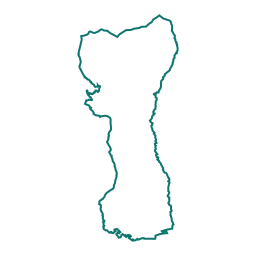 Baia De Fier, Gorj, Romania
{"feature_id": "2599482B13335657184953", "entity_name": "Baia De Fier", "entity_type": "district", "adm_level": 2, "iso_a3": "ROU", "parent_name": "Romania", "parent_adm1": "Gorj", "projection": "robinson", "projection_center": [23.743, 45.243], "detail": "fine", "context": "isolated", "style": "outline", "palette": "teal", "viewbox_px": 256, "rotation_deg": 0, "n_neighbors": 0, "source": "geoboundaries", "source_scale": "gbopen_adm2", "svg_char_len": 5829}
<svg xmlns="http://www.w3.org/2000/svg" viewBox="0 0 256 256"><path d="M155.2,238.8L155.5,237.7L155.5,235.7L155.9,235.5L159.6,234.2L163.1,233.5L167.1,233.2L166.1,230.9L162.5,231.9L161.9,231.2L166.3,229.8L172.3,228.6L172.4,225.5L172.8,224.9L173.5,224.6L172.8,222.4L172.1,221.6L171.6,219.4L171.6,218.0L171.1,217.0L170.9,215.8L170.4,214.8L170.6,213.8L170.4,211.9L171.4,211.3L171.6,210.9L171.5,210.2L171.1,209.7L171.0,208.4L171.2,206.5L170.7,205.6L169.3,205.0L168.9,203.7L168.3,202.9L169.3,200.9L169.4,199.8L169.0,198.8L169.4,197.9L168.5,196.8L167.8,196.5L167.7,196.1L167.7,195.6L168.7,194.2L169.3,192.5L169.1,191.9L168.5,191.5L168.2,190.9L168.4,189.4L168.2,188.6L168.4,186.6L169.1,183.6L169.6,182.7L169.2,181.9L168.3,181.5L168.2,181.3L169.3,180.4L169.4,179.9L169.1,179.3L169.2,178.3L168.4,177.8L166.3,173.1L164.4,172.4L163.1,170.4L162.9,169.9L163.3,169.2L163.1,168.2L162.5,167.3L162.4,166.6L161.2,164.9L160.8,163.5L159.9,162.3L158.9,161.7L159.0,160.8L158.8,160.4L157.5,159.8L157.3,159.5L158.1,158.6L158.2,157.6L157.8,157.1L156.9,157.2L156.6,156.9L156.5,156.0L156.0,155.1L156.2,154.7L157.3,154.1L154.9,151.0L154.9,150.6L155.1,149.9L155.9,149.1L155.3,147.5L155.9,145.6L155.0,144.9L154.8,143.8L155.1,143.5L156.5,142.9L155.4,141.4L155.4,140.9L155.9,140.5L156.0,139.6L155.2,137.4L155.4,136.9L155.3,136.1L155.4,135.4L154.6,134.7L154.5,134.0L153.9,133.7L154.5,132.7L152.7,130.8L152.4,130.1L152.3,128.5L151.7,127.8L151.4,125.8L152.2,124.8L152.0,124.1L152.6,123.4L150.4,121.7L149.9,120.5L150.8,119.8L151.8,118.3L152.3,116.0L153.1,115.1L153.8,114.8L154.6,113.5L153.4,113.1L153.3,111.4L154.0,110.7L154.3,109.7L155.4,109.0L155.3,108.0L155.8,106.5L155.4,104.6L155.7,103.6L155.7,101.2L156.8,99.8L156.7,98.2L155.6,97.4L155.6,95.8L155.2,95.1L154.0,94.4L153.9,94.0L154.5,93.5L156.2,93.6L156.3,92.7L156.7,92.4L158.6,92.4L158.8,90.7L159.4,90.3L159.5,89.7L160.4,88.4L160.9,86.9L161.0,85.2L160.9,83.2L161.2,82.4L161.1,81.9L161.4,80.6L163.1,79.1L163.3,78.0L162.9,77.3L164.7,75.7L164.8,74.3L165.1,73.9L166.3,73.2L166.9,72.4L168.6,71.3L169.8,70.1L169.8,69.3L172.7,64.1L172.5,63.0L173.3,61.6L173.1,60.4L173.5,59.8L173.6,58.6L174.6,57.9L174.5,55.5L175.6,53.9L176.8,53.1L176.3,52.5L177.5,50.6L177.6,49.1L177.6,47.7L177.0,45.7L177.3,45.1L176.8,44.4L176.8,43.4L176.2,43.0L176.4,42.2L175.6,41.4L175.4,40.4L175.4,39.5L175.1,39.2L175.1,38.8L174.4,38.1L174.9,36.6L174.9,35.7L173.7,34.2L173.0,32.5L172.5,31.9L172.3,31.1L171.8,30.8L172.1,29.1L171.9,28.3L172.2,27.4L172.1,25.8L171.3,24.1L171.1,22.7L170.4,21.1L169.4,20.5L163.3,18.5L159.3,15.4L156.5,17.6L153.6,19.2L152.9,20.0L152.0,21.7L151.3,22.5L150.1,23.0L148.1,24.6L146.1,26.6L141.3,26.8L139.6,27.9L133.7,28.8L131.8,29.7L129.5,30.1L127.0,30.0L125.6,30.4L119.4,34.4L117.3,36.9L109.9,32.9L107.4,30.8L104.2,30.5L102.3,29.6L101.3,29.4L100.6,29.6L98.3,31.5L94.5,33.0L93.0,32.7L90.5,31.5L89.5,31.7L88.9,32.2L88.4,33.6L87.2,34.6L84.1,35.6L81.2,36.1L81.4,36.9L81.7,39.9L78.5,53.1L78.9,53.8L78.4,54.6L78.7,55.6L79.7,57.2L80.6,61.0L80.7,62.3L80.2,64.4L79.5,66.0L79.6,67.5L83.2,74.5L84.1,75.7L84.5,77.0L84.9,76.8L85.9,78.1L86.4,78.5L86.6,78.3L88.0,79.7L89.1,79.8L90.0,81.1L90.5,82.2L91.0,81.9L92.3,83.9L93.1,84.2L94.0,84.9L94.5,86.2L95.1,86.8L95.6,86.9L96.7,86.5L97.6,86.7L98.1,86.2L98.0,85.3L98.3,85.7L100.1,86.3L99.1,89.0L99.0,90.7L98.2,91.8L97.5,91.9L96.8,90.7L95.6,90.5L95.6,91.1L94.9,91.6L94.9,92.1L94.3,92.0L94.1,92.9L93.3,93.3L92.9,93.8L91.9,93.5L91.5,93.6L91.7,94.0L90.3,93.8L90.2,93.3L89.0,93.0L89.0,93.4L89.8,93.8L89.5,94.0L89.0,93.8L87.5,92.2L87.4,90.7L87.0,90.5L86.8,90.6L86.7,91.1L87.3,93.3L88.1,94.9L88.9,95.6L89.9,97.1L90.5,97.1L91.3,98.3L92.0,99.9L91.7,100.1L88.8,99.7L88.6,100.0L87.4,100.5L86.4,100.3L85.0,103.8L86.1,104.5L87.9,105.0L89.0,105.5L89.4,106.0L89.6,106.9L91.1,107.7L90.7,109.0L90.4,109.1L92.6,111.0L93.7,112.7L93.8,113.6L93.6,113.9L95.0,114.8L95.9,115.3L99.6,115.8L100.1,116.9L100.8,116.4L105.0,115.8L107.7,116.2L110.0,117.9L110.7,119.6L110.5,122.3L111.0,127.6L110.9,130.0L109.6,131.4L108.6,133.6L108.5,134.3L109.0,135.1L109.0,135.7L108.5,136.4L108.6,137.4L108.2,138.2L108.4,139.3L107.2,141.7L107.1,142.5L107.8,143.1L108.9,145.5L110.0,147.0L110.8,149.2L110.8,149.7L110.3,150.9L109.4,151.5L109.2,152.0L109.4,152.8L110.3,154.1L110.5,154.9L111.8,155.9L111.4,156.9L112.3,158.7L112.3,159.4L112.6,159.9L112.7,161.1L114.1,163.0L114.5,164.0L114.7,165.2L114.6,166.5L115.2,167.6L115.5,169.6L116.3,171.0L116.3,171.8L116.9,173.0L116.6,174.7L116.3,175.0L116.6,176.1L116.3,176.9L116.2,178.2L115.4,180.1L115.0,183.1L114.1,184.8L113.8,186.1L113.9,187.1L113.6,188.0L113.0,188.5L112.8,189.1L111.5,189.5L110.5,190.4L109.5,190.7L108.9,191.4L106.5,193.0L104.9,195.3L104.5,196.8L103.4,198.1L103.1,198.7L102.3,198.9L101.7,199.7L99.9,200.7L99.3,201.8L99.5,203.1L99.1,204.1L100.9,205.3L100.9,206.2L100.7,206.8L100.9,207.7L100.6,208.3L100.7,209.9L101.2,210.8L101.2,211.4L102.3,212.7L102.5,213.9L103.0,214.6L102.4,215.6L103.0,216.4L102.8,217.1L102.8,218.5L103.2,219.8L103.5,220.2L104.2,220.4L104.4,220.9L104.3,221.3L103.5,221.4L103.2,221.7L103.7,222.5L103.3,222.9L103.6,223.4L103.5,224.9L104.3,225.7L103.3,226.8L103.7,227.2L103.4,228.2L103.8,229.0L105.8,230.4L106.4,230.2L107.0,230.4L109.4,232.7L110.6,232.0L110.9,232.0L111.2,232.5L111.5,232.3L111.8,232.8L113.3,233.1L113.3,232.6L115.6,231.2L115.5,230.6L114.4,230.0L114.4,229.6L117.0,228.9L120.2,232.0L118.8,232.5L118.2,232.4L117.9,232.7L118.3,233.1L117.7,233.0L117.4,233.4L117.3,233.2L117.0,233.8L116.4,234.0L116.4,234.5L118.9,237.7L119.6,237.3L120.5,237.3L121.5,235.5L121.6,235.0L122.6,234.1L124.8,235.9L125.5,235.1L126.1,235.5L125.1,236.1L126.2,237.0L127.4,235.7L128.4,236.2L128.9,235.8L128.1,235.1L128.4,235.0L129.1,235.6L129.7,235.2L130.9,236.3L128.9,238.0L132.5,240.6L133.4,240.5L132.4,239.7L132.8,239.4L133.9,240.5L135.7,240.2L137.4,238.8L138.2,239.7L141.8,238.3L143.8,238.1L144.0,238.6L144.8,238.7L155.2,238.8Z" fill="none" stroke="#0f766e" stroke-width="2"/></svg>